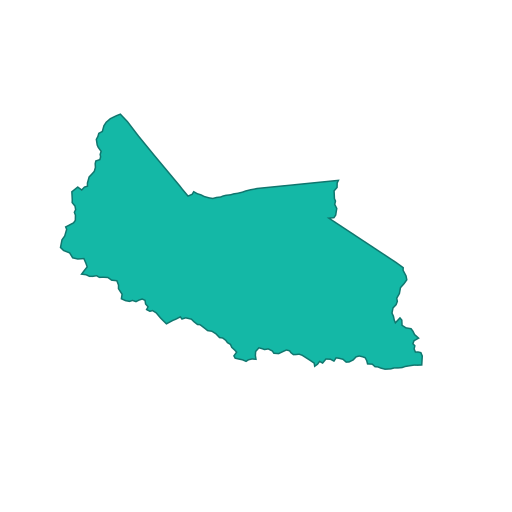 outline of Tunas do Paraná, Paraná, Brazil, rotated 32°
{"feature_id": "56859067B8300212409648", "entity_name": "Tunas do Paraná", "entity_type": "district", "adm_level": 2, "iso_a3": "BRA", "parent_name": "Brazil", "parent_adm1": "Paraná", "projection": "robinson", "projection_center": [-48.893, -24.939], "detail": "fine", "context": "isolated", "style": "filled", "palette": "teal", "viewbox_px": 512, "rotation_deg": 32, "n_neighbors": 0, "source": "geoboundaries", "source_scale": "gbopen_adm2", "svg_char_len": 2885}
<svg xmlns="http://www.w3.org/2000/svg" viewBox="0 0 512 512"><g transform="rotate(32 256 256)"><path d="M75.8,210.2L65.8,207.6L63.3,211.0L59.7,216.7L58.1,221.9L58.0,226.1L59.7,231.8L57.7,235.3L58.6,238.5L58.8,241.7L62.5,246.0L64.7,247.5L69.2,249.3L70.0,252.4L71.7,254.3L72.5,257.0L69.8,260.3L70.7,262.9L72.9,266.0L74.0,269.9L73.5,272.9L72.6,277.4L74.4,283.5L76.1,286.1L74.0,288.5L73.2,292.4L68.3,292.0L65.8,299.1L70.4,305.7L71.8,308.1L76.1,309.6L78.5,312.3L78.8,315.2L81.2,317.0L83.9,321.5L83.7,324.6L79.2,332.2L81.3,333.7L83.2,340.4L82.9,345.1L85.7,352.4L89.9,353.3L96.3,352.1L101.5,354.7L106.4,353.0L111.4,349.4L115.5,352.2L118.6,354.7L118.1,359.1L117.7,363.8L121.9,361.9L125.5,361.5L128.3,359.8L131.2,357.2L134.5,357.1L137.6,355.0L141.8,352.7L146.4,353.0L151.1,350.7L154.8,353.5L156.7,356.6L162.7,359.4L164.5,363.6L169.0,363.0L172.8,361.5L174.8,359.1L178.4,358.3L180.2,355.3L182.3,352.8L185.4,352.4L187.8,355.2L191.4,356.3L191.6,359.4L195.3,359.1L197.2,357.1L201.5,357.1L208.0,359.2L211.5,360.0L216.0,361.0L219.7,354.5L221.4,352.2L224.1,347.7L226.6,348.7L229.1,345.7L234.7,343.8L238.2,344.6L242.7,345.1L244.9,343.9L251.2,344.5L254.5,344.9L258.4,343.2L263.2,343.2L268.3,344.5L271.1,343.2L275.0,343.5L277.7,344.6L281.2,344.5L283.8,346.3L288.0,347.1L290.5,347.8L290.2,352.4L292.5,353.7L296.0,352.5L299.5,351.2L303.4,350.6L304.6,348.0L307.2,345.4L310.7,343.6L308.2,340.7L306.3,337.2L307.1,332.3L310.5,331.3L312.8,330.8L315.6,328.3L320.2,327.9L322.7,329.0L326.9,326.8L329.4,322.9L331.6,319.6L334.7,318.6L336.9,319.5L340.0,319.8L342.1,318.4L344.6,316.4L347.7,315.7L356.9,315.8L362.1,316.0L364.2,318.4L365.5,315.2L365.8,311.7L369.2,311.5L369.9,306.3L373.8,304.1L377.8,303.8L377.9,299.9L380.7,298.7L384.5,297.5L388.7,298.2L391.1,296.5L393.5,292.6L394.3,288.5L396.5,286.1L399.7,285.0L402.5,284.4L405.4,286.1L407.8,288.4L411.9,286.1L415.6,286.8L418.0,285.5L421.3,284.9L425.4,283.6L430.1,280.3L432.5,277.7L435.8,275.6L439.0,273.2L441.0,270.7L444.5,267.6L447.9,264.7L450.8,263.0L454.3,260.6L450.0,252.7L447.0,250.6L444.4,251.5L442.1,253.0L439.3,251.0L438.3,248.0L435.5,247.2L434.9,244.1L437.4,239.5L432.1,238.6L428.9,236.6L426.0,235.5L421.2,237.5L416.6,237.4L413.6,233.1L410.9,232.2L409.6,238.8L407.2,237.1L404.4,234.2L401.6,232.4L399.7,227.5L400.6,223.1L399.9,219.6L397.7,217.2L397.5,211.9L395.3,206.3L396.2,201.0L396.5,196.3L393.8,193.4L388.3,190.2L387.0,187.9L378.4,187.3L297.7,185.3L301.8,182.2L301.9,179.1L300.5,175.8L299.3,172.9L295.4,170.5L294.3,167.3L292.1,165.8L290.0,162.7L287.7,159.4L288.4,154.9L286.1,151.0L285.8,148.2L221.0,198.3L219.1,200.2L216.4,202.6L212.8,206.3L210.7,209.0L207.3,212.5L204.2,215.1L202.1,217.5L198.2,220.6L196.2,222.7L194.7,224.8L191.6,227.2L188.9,230.1L185.6,231.5L180.6,233.0L177.0,233.3L173.2,234.3L169.1,234.5L169.2,237.5L166.6,241.2L158.0,238.4L154.0,236.9L116.1,224.5L92.5,216.5L75.8,210.2Z" fill="#14b8a6" stroke="#0f766e" stroke-width="1.5"/></g></svg>